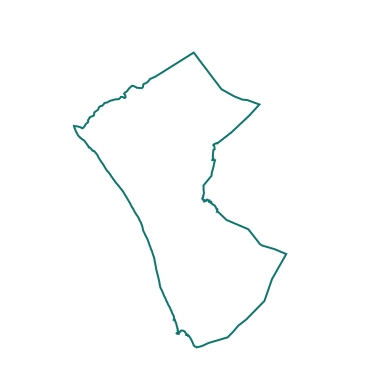 Santa María Tonameca, Oaxaca, Mexico, rotated 46°
{"feature_id": "50627088B31597135225135", "entity_name": "Santa María Tonameca", "entity_type": "district", "adm_level": 2, "iso_a3": "MEX", "parent_name": "Mexico", "parent_adm1": "Oaxaca", "projection": "natural_earth1", "projection_center": [-96.691, 15.782], "detail": "fine", "context": "isolated", "style": "outline", "palette": "teal", "viewbox_px": 384, "rotation_deg": 46, "n_neighbors": 0, "source": "geoboundaries", "source_scale": "gbopen_adm2", "svg_char_len": 5675}
<svg xmlns="http://www.w3.org/2000/svg" viewBox="0 0 384 384"><g transform="rotate(46 192 192)"><path d="M174.6,140.1L176.5,122.0L176.8,98.4L176.8,98.2L175.9,82.7L172.7,84.3L168.7,86.2L164.0,88.5L160.6,91.6L157.6,92.9L152.5,95.2L145.8,97.2L138.6,99.4L137.8,99.3L130.2,98.4L123.0,97.6L111.2,96.1L107.9,95.8L101.7,95.0L92.9,93.9L83.5,138.6L83.4,138.7L82.1,142.3L81.6,143.4L81.5,143.8L81.9,145.5L82.0,147.0L82.0,148.1L81.7,149.4L80.8,151.6L80.8,152.3L82.0,153.8L82.4,154.5L82.5,155.6L82.1,156.2L81.6,156.7L80.7,157.6L79.8,158.3L78.5,159.2L78.5,159.3L78.1,159.4L76.7,159.8L75.0,160.5L74.0,161.3L73.8,162.1L73.9,163.3L73.9,164.0L73.8,165.0L73.8,165.7L74.0,166.6L74.3,168.4L74.2,169.5L73.9,171.7L74.2,172.6L75.0,172.7L76.3,172.9L76.9,173.3L77.7,174.0L77.7,174.8L77.3,175.4L76.1,175.6L74.7,176.5L74.2,177.3L74.5,178.6L74.3,180.1L73.9,180.8L72.0,182.9L70.7,185.5L70.0,186.5L69.1,188.9L68.9,190.2L68.3,191.5L67.7,192.1L67.2,193.3L67.5,194.7L67.6,196.1L67.6,196.8L67.4,197.2L67.0,197.5L66.5,198.7L66.4,200.1L67.5,202.3L67.5,203.1L67.2,204.3L67.1,205.4L66.9,206.7L67.1,207.4L67.9,208.1L68.4,208.7L68.7,209.5L68.6,210.1L67.8,212.1L67.2,213.7L67.3,214.2L67.7,214.5L68.2,217.1L69.0,217.5L69.4,217.9L69.6,218.6L69.3,220.8L69.6,221.9L70.0,223.4L70.1,224.5L70.3,225.6L70.1,226.2L69.9,226.6L69.7,226.8L69.2,226.8L67.9,227.3L65.5,228.6L62.8,230.9L62.6,231.0L63.4,231.5L63.9,231.8L65.7,232.5L67.2,233.2L68.9,233.7L71.2,234.4L72.8,234.7L74.5,234.6L75.6,234.8L76.6,234.4L77.2,234.4L77.9,234.4L78.6,234.2L79.2,233.9L79.7,233.9L80.5,233.8L81.1,234.0L81.6,234.0L82.2,234.1L82.5,234.1L83.1,234.2L83.8,234.3L84.6,234.4L85.3,234.6L86.3,234.6L86.9,234.7L87.3,234.8L87.5,235.0L88.2,235.3L88.6,235.1L88.7,234.7L89.0,234.7L89.4,234.6L90.3,234.6L91.4,234.6L92.5,234.7L93.2,234.9L93.8,234.5L94.0,234.2L94.5,233.9L95.7,234.0L96.6,234.1L98.2,234.2L100.1,234.5L101.3,235.0L102.6,235.4L103.7,235.5L105.5,236.0L108.4,236.5L110.2,236.7L112.4,237.2L113.8,237.6L116.0,238.0L117.4,238.3L119.5,238.3L121.1,238.5L123.3,238.8L124.7,239.2L126.3,239.3L128.1,239.7L129.5,239.8L131.4,240.1L133.1,240.3L135.2,240.4L137.5,240.6L140.0,240.9L142.0,241.0L144.2,241.4L145.7,241.7L147.6,242.2L149.8,242.6L151.7,243.1L153.3,243.5L155.9,244.1L157.7,244.6L159.9,245.3L161.4,245.7L163.1,246.0L164.8,246.5L166.4,247.0L168.0,247.3L169.9,247.8L171.2,247.9L172.5,248.2L174.5,248.7L175.7,249.3L177.1,249.6L178.7,250.1L180.3,250.8L182.4,251.7L184.5,253.1L186.0,254.0L187.7,254.5L189.7,255.2L191.7,255.9L194.0,256.5L196.1,257.3L197.4,257.9L198.9,258.5L200.6,259.4L202.9,260.3L204.5,261.2L206.6,261.8L208.0,262.6L210.0,263.6L212.1,264.5L214.1,265.6L215.6,266.7L217.3,267.7L219.0,268.9L221.3,270.4L222.9,271.6L224.9,272.6L226.7,273.7L228.7,274.8L230.9,276.1L232.8,277.3L233.8,277.8L235.2,278.9L236.3,279.6L237.7,280.5L238.9,281.1L240.0,281.5L242.3,282.2L244.6,283.1L246.9,284.1L250.4,285.1L252.8,286.1L255.0,286.8L256.9,287.5L258.8,287.9L260.1,288.4L261.6,288.9L263.6,289.5L264.7,290.2L266.3,290.7L266.8,290.8L268.5,291.3L269.8,292.0L270.5,292.7L270.7,293.4L271.1,293.8L271.2,293.4L271.3,293.1L271.6,293.1L272.5,293.2L272.8,293.7L274.7,294.3L276.3,295.1L277.1,295.6L277.6,295.9L278.4,296.4L279.3,296.7L279.8,297.2L280.8,297.5L281.2,297.9L281.3,298.4L281.8,298.6L282.1,298.7L282.5,298.7L282.9,299.0L283.2,299.6L283.4,300.1L283.5,300.3L283.4,300.8L283.3,301.0L282.9,301.1L283.0,301.3L283.4,301.2L283.8,301.0L284.1,300.9L284.5,300.4L284.8,300.1L284.7,300.0L284.5,299.8L284.4,299.4L284.4,298.6L284.4,297.9L284.1,297.4L284.1,297.1L284.1,296.5L284.2,296.0L284.7,295.3L285.3,295.0L285.9,294.6L286.4,294.5L286.8,294.3L286.9,294.2L287.4,294.2L287.6,294.2L288.6,294.5L289.4,294.5L289.9,294.7L290.4,295.2L290.8,295.5L290.9,295.4L291.0,294.8L291.1,294.5L291.7,294.2L292.0,294.2L292.4,294.7L292.5,294.7L292.6,294.8L292.7,294.7L292.8,294.4L292.6,294.3L292.6,294.2L293.1,294.2L293.5,294.2L294.1,294.3L295.2,294.5L296.7,294.8L298.2,295.3L299.5,295.7L299.9,295.8L300.1,295.9L300.7,296.1L301.6,296.5L302.2,296.7L302.4,296.7L303.0,297.1L303.6,297.2L303.8,297.2L304.6,297.4L305.0,297.3L305.3,297.2L305.6,297.0L306.1,296.7L306.4,296.4L306.6,296.4L306.8,296.4L306.9,296.6L307.0,296.6L309.8,291.7L312.1,285.0L321.3,267.4L321.1,259.3L320.3,251.7L321.4,241.3L321.2,235.6L320.7,215.6L310.2,194.9L302.1,167.3L290.7,172.2L279.2,178.7L276.0,179.4L275.7,179.2L263.5,177.9L257.9,177.4L236.0,186.6L224.7,187.0L223.7,187.7L223.6,187.3L223.4,187.1L222.9,186.8L222.6,186.7L222.6,186.3L222.2,185.8L222.0,185.7L221.7,185.7L221.4,186.0L221.2,186.1L220.7,186.0L220.1,185.7L219.3,185.4L218.9,185.4L218.5,185.3L218.1,185.2L217.4,185.1L217.2,185.1L216.9,185.2L216.5,185.3L215.9,185.6L215.0,185.7L213.8,185.7L213.6,185.8L213.3,186.0L213.0,185.9L212.8,185.5L212.5,185.1L212.4,185.0L212.0,185.1L211.8,185.3L211.8,185.6L211.7,185.9L211.7,186.0L210.9,185.7L210.4,185.4L210.1,185.3L210.0,185.5L210.0,185.9L210.2,186.5L209.6,186.4L209.2,186.2L208.4,186.2L207.8,186.6L207.7,187.0L207.9,187.3L208.1,188.2L207.9,188.4L207.7,188.7L207.6,189.3L207.5,189.6L207.3,189.9L207.1,189.8L206.9,188.9L206.7,188.8L206.4,188.7L205.7,189.1L205.2,189.5L204.5,189.4L204.2,189.3L203.9,189.3L203.7,189.1L203.6,188.9L203.6,188.6L203.6,188.2L203.6,187.7L203.4,187.3L203.1,187.2L202.5,186.8L202.4,186.4L202.2,185.8L201.8,185.2L201.7,185.0L201.0,184.1L199.1,182.6L198.0,181.8L196.8,180.5L195.3,179.3L194.9,176.3L194.6,173.0L194.2,169.6L193.9,166.7L192.1,164.7L189.5,160.2L188.2,158.2L186.7,156.0L185.1,153.4L184.9,153.6L184.5,153.9L184.2,154.1L183.9,154.4L183.5,154.9L183.3,155.1L183.0,154.5L182.8,154.5L182.7,153.5L182.3,153.6L181.4,152.5L180.9,152.4L176.6,147.4L177.0,146.1L174.8,144.3L173.9,143.9L173.1,144.1L173.0,142.8L173.9,140.4L174.0,140.1L174.6,140.1Z" fill="none" stroke="#0f766e" stroke-width="2"/></g></svg>